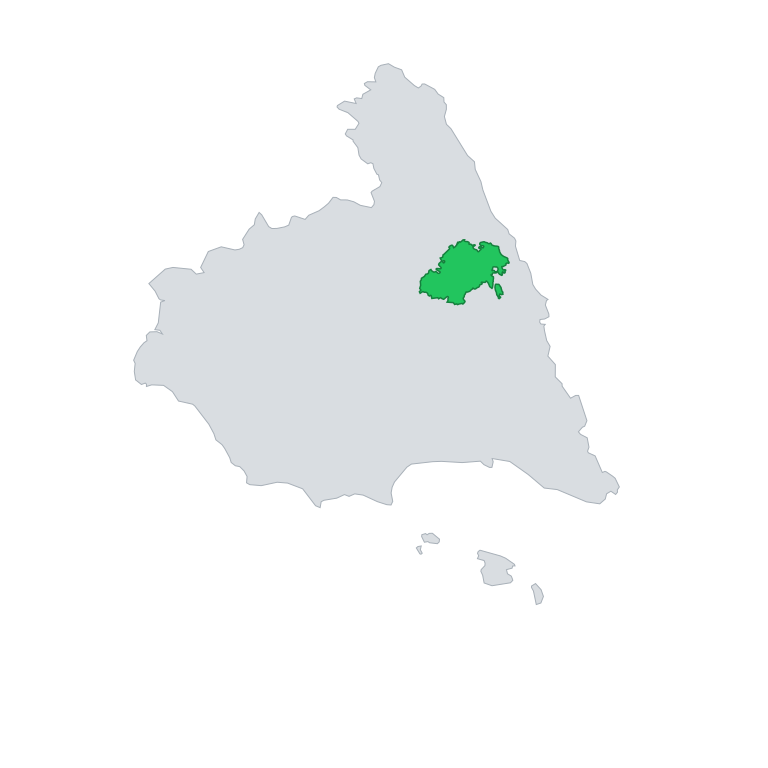 where Burgos sits in Spain, rotated 57°
{"feature_id": "ESP-5810", "entity_name": "Burgos", "entity_type": "Autonomous Community", "adm_level": 1, "iso_a3": "ESP", "parent_name": "Spain", "parent_adm1": "", "projection": "orthographic", "projection_center": [-3.389, 42.329], "detail": "fine", "context": "in_parent", "style": "filled", "palette": "green", "viewbox_px": 768, "rotation_deg": 57, "n_neighbors": 0, "source": "natural_earth", "source_scale": "10m", "svg_char_len": 9778}
<svg xmlns="http://www.w3.org/2000/svg" viewBox="0 0 768 768"><g transform="rotate(57 384 384)"><path d="M402.4,200.4L402.5,202.3L405.7,205.7L415.0,207.6L417.4,209.0L417.0,213.8L414.9,218.0L416.9,219.8L419.2,219.7L421.8,216.3L422.5,218.4L426.8,220.4L436.2,223.9L442.9,224.2L449.9,231.4L461.0,229.7L471.3,236.5L480.7,234.5L482.9,235.8L497.5,235.3L498.0,229.4L499.6,227.0L525.3,233.8L528.7,238.7L528.3,241.2L530.0,247.0L533.3,246.6L539.8,242.9L548.6,246.5L551.2,249.9L553.0,250.1L559.3,246.1L577.1,249.1L577.6,246.3L578.8,245.4L586.0,242.4L589.0,241.5L598.5,242.7L599.9,246.0L601.9,247.1L602.8,249.9L597.5,252.1L597.3,257.1L601.0,261.1L602.0,268.3L593.1,278.4L566.9,296.2L558.5,306.3L538.3,312.4L517.5,320.7L505.4,333.9L508.7,334.8L512.7,338.9L511.5,340.9L506.1,344.1L501.2,345.2L492.5,361.2L480.2,377.9L475.7,385.4L466.1,404.6L466.2,410.1L471.9,428.6L475.0,433.4L479.3,437.4L487.2,440.6L489.3,444.0L486.7,447.4L479.1,453.6L465.8,462.0L460.2,468.4L459.2,474.5L455.2,477.4L454.0,485.8L448.8,497.7L448.5,500.8L452.9,504.9L448.8,507.7L427.6,509.3L414.6,518.8L408.2,527.1L402.4,542.3L395.3,551.4L392.0,553.1L387.0,549.2L380.8,548.7L374.7,550.0L371.6,553.2L366.6,554.9L361.7,553.5L351.2,552.7L346.6,552.9L339.3,555.4L333.0,553.7L322.4,552.8L299.5,554.6L296.7,555.5L286.4,565.6L275.2,565.6L265.1,569.6L258.2,579.3L256.7,584.6L254.8,583.3L253.2,583.7L252.3,587.7L245.3,590.1L237.5,586.6L231.2,581.5L227.7,581.0L222.4,573.2L220.2,568.2L218.7,562.9L218.6,559.2L213.8,556.9L212.8,552.0L216.5,545.9L221.4,542.6L216.9,542.7L213.6,546.6L209.8,540.0L193.7,526.7L194.7,522.3L191.8,525.6L189.9,526.3L181.5,525.4L171.7,526.5L168.5,504.9L171.3,497.5L182.7,483.3L189.6,481.6L192.6,474.2L186.4,474.3L177.2,459.2L180.3,445.8L190.4,436.0L192.2,432.0L192.7,428.2L191.0,425.5L185.7,423.8L180.7,412.8L179.8,406.0L175.5,402.1L172.1,395.3L175.5,394.4L189.2,395.0L192.5,393.4L195.2,389.1L198.1,381.8L198.9,377.4L193.8,370.8L193.7,369.4L194.5,367.3L203.0,360.5L201.5,355.2L203.3,344.1L202.9,337.5L202.2,332.1L199.7,325.1L201.6,322.4L206.0,320.1L209.6,314.6L214.7,310.1L221.3,306.5L229.2,298.5L228.1,294.8L225.6,292.5L216.4,290.6L215.8,288.9L216.2,279.9L213.9,276.2L210.5,276.5L205.5,274.7L204.2,275.7L197.7,275.1L193.2,273.3L191.2,274.6L190.5,277.7L182.8,280.6L178.5,280.3L171.5,277.2L163.5,277.7L162.5,277.0L155.5,280.3L153.2,280.3L150.6,275.7L154.7,269.4L151.8,263.1L149.7,262.8L136.8,266.5L129.1,272.0L126.1,272.5L125.1,271.4L125.3,263.0L133.6,254.6L128.7,253.7L129.1,251.1L132.5,247.2L129.5,243.9L130.1,234.9L123.1,237.4L121.3,236.8L121.5,233.2L126.2,226.3L121.8,225.2L118.7,222.2L114.9,216.0L115.1,212.9L117.8,205.8L124.0,202.7L130.1,198.1L138.0,199.5L150.2,196.0L154.4,194.0L154.4,190.9L153.2,188.6L154.5,186.5L164.5,181.0L170.3,180.7L176.4,177.9L180.2,180.1L183.7,179.6L187.6,182.1L192.6,187.7L200.2,190.2L206.4,188.8L237.9,189.5L246.9,187.1L253.7,190.6L267.1,192.5L275.1,195.4L297.4,200.3L305.5,200.4L321.8,196.1L326.3,197.3L332.8,195.1L335.9,195.5L340.0,198.7L354.3,202.9L358.0,199.3L360.8,198.5L371.1,200.6L381.6,205.0L387.0,205.2L394.9,203.9L402.4,200.4ZM606.4,382.4L610.4,383.8L614.4,381.9L616.6,382.3L618.8,382.9L619.6,386.2L612.0,403.3L605.4,408.4L598.1,405.4L593.9,404.8L592.6,403.6L591.3,398.3L589.3,396.8L586.6,396.2L581.4,400.8L579.6,398.1L576.9,397.8L575.8,396.2L575.7,394.0L591.6,380.0L596.3,376.9L606.3,372.8L607.9,373.2L606.7,375.2L608.2,376.9L606.4,382.4ZM653.1,371.7L651.9,376.4L639.0,371.4L634.9,371.1L633.8,370.3L633.9,365.6L642.1,364.3L649.0,366.0L653.1,371.7ZM540.1,433.0L538.7,436.3L532.4,435.5L531.0,434.3L532.1,430.6L533.9,430.0L533.9,427.4L535.6,424.7L544.4,422.0L546.5,423.7L547.0,426.2L542.0,432.2L540.1,433.0ZM546.9,445.7L546.0,446.4L539.1,446.2L538.8,444.1L540.1,441.0L542.8,443.8L546.7,444.1L546.9,445.7Z" fill="#d9dde1" stroke="#a8b0b8" stroke-width="1"/><path d="M362.6,241.4L359.9,242.3L358.8,242.1L358.2,241.9L355.7,241.6L354.0,241.8L353.4,242.1L353.3,242.4L353.7,243.0L353.8,243.4L353.9,243.8L353.6,244.2L353.1,244.8L353.0,245.2L351.8,246.5L351.8,246.9L351.9,247.1L352.2,247.1L352.6,247.0L352.9,246.9L353.2,247.0L353.4,247.2L353.5,247.5L353.5,247.9L353.4,248.4L353.1,249.1L353.0,249.5L353.1,249.9L353.7,250.3L353.9,250.6L354.0,250.9L354.2,251.2L354.3,251.6L354.3,251.9L354.0,253.0L354.0,254.2L354.0,254.6L354.1,255.0L354.1,255.4L353.5,256.5L353.2,256.7L352.5,256.9L352.1,257.1L352.0,257.4L352.2,257.7L352.4,257.9L352.5,258.3L352.5,259.2L352.6,260.1L352.8,260.5L352.9,261.2L352.8,262.3L352.3,264.0L352.1,264.4L351.6,264.9L351.6,265.1L352.9,267.1L353.0,267.5L353.3,268.2L353.6,268.5L354.2,268.9L354.6,269.5L354.8,269.9L354.9,270.3L355.3,270.9L355.9,271.2L356.4,271.2L356.7,271.2L357.3,271.2L357.9,271.1L358.3,271.0L358.6,271.0L358.9,271.1L359.2,271.4L359.3,271.8L359.4,272.2L359.6,272.5L359.9,274.3L359.0,274.6L357.8,277.5L357.6,278.7L357.4,279.2L357.1,279.3L356.8,279.2L356.4,279.4L356.3,279.7L355.7,281.5L354.6,281.4L353.4,281.7L349.7,286.5L348.7,284.7L347.4,284.0L347.2,283.8L347.0,283.5L346.4,282.8L345.7,282.7L345.1,283.2L345.1,284.4L345.5,287.7L345.4,287.9L345.3,288.0L343.8,289.0L342.4,289.5L342.3,291.8L340.9,291.9L338.3,297.3L335.6,296.3L335.2,296.4L335.0,296.7L335.0,297.1L335.0,297.9L333.8,298.6L331.8,298.1L330.8,298.3L329.8,298.9L329.6,299.2L329.1,300.1L328.8,300.4L327.9,300.9L327.6,301.3L327.6,301.8L327.6,304.3L325.9,304.1L325.3,301.9L323.3,302.0L321.2,299.5L317.6,297.6L317.1,296.2L315.7,295.0L315.8,292.2L315.7,291.3L314.7,289.2L315.3,287.7L315.4,286.6L313.4,284.4L313.5,282.3L314.9,282.4L317.0,281.5L317.3,281.3L317.5,280.9L317.7,280.5L317.8,279.4L317.9,279.2L320.4,278.5L320.9,278.1L321.2,277.5L321.2,276.9L321.1,276.3L320.8,276.0L320.4,275.9L316.8,277.7L316.0,277.7L315.9,276.7L318.1,273.9L318.2,273.4L317.9,272.9L317.5,272.7L313.9,273.3L313.7,273.2L312.9,272.2L312.3,268.6L309.0,268.3L309.6,265.8L307.8,264.0L307.9,263.3L306.3,255.1L306.5,255.0L304.7,255.1L304.4,254.7L304.2,253.9L304.3,252.1L304.5,251.6L304.8,251.2L305.4,251.0L307.7,251.3L307.6,249.3L306.9,247.0L306.5,246.2L305.6,245.4L305.6,245.5L305.4,245.2L306.2,244.9L305.8,243.3L306.6,242.7L306.5,240.8L306.2,239.6L306.3,239.0L306.9,238.0L307.0,238.2L307.2,238.5L307.7,238.7L308.8,238.1L310.1,236.4L311.1,235.8L311.6,235.6L312.1,235.8L312.7,236.4L313.0,236.5L313.3,236.3L313.6,235.9L314.0,235.0L315.5,234.7L316.6,232.2L316.9,232.0L317.2,231.9L317.3,232.0L317.4,232.3L317.4,233.8L317.3,234.7L318.7,235.1L319.3,235.0L320.0,234.8L320.5,234.5L321.9,233.3L322.5,233.1L323.9,233.2L324.3,232.9L324.5,232.6L324.5,232.2L324.5,231.9L324.4,231.6L324.1,231.1L324.0,230.6L324.1,230.1L324.0,229.7L323.9,229.3L323.6,229.1L323.2,229.1L322.7,229.3L322.4,229.7L322.1,230.2L321.8,230.4L321.5,230.4L321.2,230.2L321.0,229.9L321.0,229.5L320.9,228.9L321.0,228.6L321.2,228.4L321.2,228.1L321.3,227.9L322.4,227.8L323.6,227.1L323.8,226.7L323.7,226.4L323.2,225.7L323.0,225.4L322.6,225.3L322.0,225.5L321.8,225.8L321.4,226.5L321.2,226.8L320.2,227.4L319.4,227.6L319.1,227.6L318.7,227.4L318.4,227.2L318.1,226.8L318.0,226.4L317.9,226.1L318.0,225.7L318.9,223.2L319.3,222.5L319.6,222.3L319.9,222.1L320.6,221.7L321.4,220.8L322.0,220.4L322.6,220.2L323.0,220.0L323.5,219.5L323.7,219.0L323.7,218.1L323.9,217.9L324.3,217.8L324.7,217.7L325.8,217.8L326.1,217.8L326.5,217.6L327.1,217.1L327.8,216.7L328.2,216.3L328.8,215.7L329.7,214.5L330.5,213.6L331.1,213.2L331.5,213.2L331.8,213.3L332.4,213.8L332.8,214.0L333.9,214.2L335.0,214.5L336.0,215.0L336.8,215.1L337.5,215.1L338.6,215.2L339.7,215.1L342.1,214.2L345.3,212.1L345.7,212.0L346.1,211.9L346.3,212.0L346.6,212.1L347.2,212.7L348.1,212.8L349.4,212.8L350.2,213.0L350.5,213.1L350.6,213.3L350.6,213.8L349.9,214.4L349.7,214.8L349.4,215.6L349.5,216.1L349.7,216.4L350.4,216.7L350.6,217.1L350.6,217.7L350.4,218.7L350.4,219.9L350.1,220.5L349.9,220.8L349.7,221.2L349.9,221.4L350.2,221.5L351.4,221.9L352.6,221.9L352.8,222.0L353.3,221.8L354.0,220.3L354.7,219.9L355.0,220.1L355.2,220.3L355.2,220.9L355.5,221.2L356.2,221.5L356.5,221.8L356.6,222.1L356.5,222.5L356.4,222.9L356.2,223.1L355.1,223.3L354.6,223.3L354.6,223.7L355.2,224.4L355.7,224.8L356.8,225.2L357.0,225.5L357.0,225.8L357.0,226.1L356.8,226.3L356.6,226.5L356.1,226.6L355.8,226.6L355.3,227.1L355.0,227.3L354.7,227.4L353.9,227.4L353.2,227.6L352.9,227.6L351.3,227.3L351.0,227.2L350.7,227.0L350.5,226.8L350.3,226.1L350.0,225.8L349.7,225.6L348.8,225.4L347.5,225.6L347.1,225.9L346.8,226.2L346.7,226.6L346.2,227.2L345.7,227.8L345.5,228.2L345.3,228.6L345.3,228.9L345.5,229.2L346.0,229.7L347.2,231.3L347.5,231.5L347.9,231.5L348.0,231.2L348.0,230.9L348.3,230.3L348.6,230.0L348.9,229.8L349.2,229.7L350.0,229.8L350.3,229.6L350.6,229.3L351.1,228.5L351.5,228.4L351.7,228.6L351.9,229.0L351.8,229.6L351.5,230.1L351.1,230.8L350.7,231.3L350.4,231.8L350.3,232.2L350.3,232.6L350.4,233.0L350.7,233.3L351.0,233.5L351.2,233.9L351.0,234.4L350.9,234.8L351.4,234.8L351.5,234.8L352.5,234.5L353.7,233.9L355.0,234.6L356.1,235.6L356.8,236.2L357.4,236.4L358.4,237.7L359.4,238.1L362.0,240.3L362.4,240.8L362.6,241.4ZM314.2,268.4L314.8,268.2L315.0,267.9L314.9,267.1L314.7,266.7L314.3,266.3L313.8,266.2L313.4,266.3L313.3,266.5L313.1,266.7L313.0,267.0L313.1,267.8L313.3,268.0L314.2,268.4ZM365.8,233.3L366.8,233.3L367.3,233.5L367.8,233.7L370.2,234.4L370.7,234.5L371.1,234.4L371.4,234.3L371.7,234.3L371.9,234.4L372.0,234.7L372.3,234.9L372.6,235.1L372.9,235.2L373.3,235.2L373.5,235.3L373.4,235.8L373.3,236.0L373.2,236.3L372.9,237.0L372.7,237.2L372.5,237.4L372.0,237.5L371.8,237.6L371.8,237.9L371.7,238.1L371.9,238.3L372.5,239.0L372.9,239.5L373.1,239.7L373.4,239.7L373.6,239.6L373.8,239.5L374.2,239.1L374.4,238.9L374.7,238.9L374.8,239.0L374.9,239.3L375.0,239.7L375.1,240.1L375.2,240.8L375.1,241.0L374.7,241.2L374.2,241.3L374.0,241.2L373.9,241.0L373.5,240.8L370.5,240.8L368.5,239.9L365.8,239.4L363.4,238.3L362.4,237.5L361.4,236.5L361.2,236.1L361.3,235.7L361.9,235.0L362.7,233.8L362.9,233.5L363.3,233.4L365.8,233.3Z" fill="#22c55e" stroke="#15803d" stroke-width="1.5"/></g></svg>